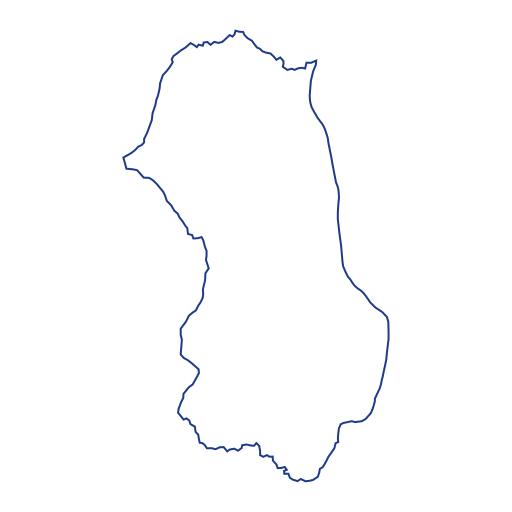 the district of Tupiratins, Tocantins, Brazil
{"feature_id": "56859067B80877563897035", "entity_name": "Tupiratins", "entity_type": "district", "adm_level": 2, "iso_a3": "BRA", "parent_name": "Brazil", "parent_adm1": "Tocantins", "projection": "albers", "projection_center": [-48.216, -8.355], "detail": "fine", "context": "isolated", "style": "outline", "palette": "blue", "viewbox_px": 512, "rotation_deg": 0, "n_neighbors": 0, "source": "geoboundaries", "source_scale": "gbopen_adm2", "svg_char_len": 3164}
<svg xmlns="http://www.w3.org/2000/svg" viewBox="0 0 512 512"><path d="M193.4,238.5L197.8,238.2L201.6,237.1L203.3,240.4L204.8,246.4L206.6,251.1L206.5,256.0L206.0,260.0L208.7,268.4L205.4,273.3L205.1,280.2L202.9,289.3L203.2,294.1L202.7,297.9L200.6,302.2L198.2,305.8L195.9,310.4L192.6,312.6L188.9,315.7L186.0,321.6L180.7,328.7L180.7,334.9L181.9,339.7L181.2,348.0L180.7,354.5L183.7,357.9L188.0,360.3L192.3,363.7L198.6,369.3L198.9,373.2L195.6,379.3L192.6,384.5L188.9,387.2L183.5,393.8L183.2,398.1L181.2,402.0L178.8,408.3L178.0,412.6L183.6,419.6L186.4,418.4L189.2,420.4L190.6,424.3L194.8,426.5L195.6,431.9L198.2,434.6L198.9,438.9L199.7,442.7L202.6,443.2L204.9,445.2L206.9,448.3L211.5,448.2L215.6,449.2L219.6,447.3L223.7,447.1L227.2,451.3L229.8,449.5L234.3,448.7L238.0,450.7L241.6,448.1L242.2,445.2L246.4,444.5L250.9,445.5L254.0,445.8L256.4,443.1L259.1,445.8L260.1,450.4L260.1,455.1L263.3,456.8L267.0,455.1L269.3,456.7L272.7,456.6L272.9,460.6L276.4,464.4L277.7,468.1L280.9,468.0L284.8,467.0L286.8,469.8L284.1,470.9L284.3,473.8L288.4,473.7L289.9,477.8L292.9,479.7L297.5,481.1L300.8,479.0L305.6,481.3L309.4,480.8L312.9,480.0L317.8,476.8L319.2,472.7L319.9,468.8L322.6,467.3L324.6,464.1L326.7,460.3L328.4,456.8L331.7,452.2L334.4,448.1L335.6,443.2L338.2,442.0L337.9,438.4L338.1,435.1L338.9,428.5L340.7,424.3L343.4,423.0L351.7,421.2L355.2,422.1L361.8,421.2L365.7,418.9L370.9,413.1L373.0,407.9L374.8,401.6L374.9,398.6L376.3,395.7L379.8,388.2L381.1,383.7L381.8,379.9L382.7,376.7L383.3,373.5L385.0,365.8L386.3,359.3L386.6,355.6L387.0,352.0L387.7,346.3L388.5,339.7L388.6,335.4L388.5,328.2L388.3,321.7L386.9,316.9L382.2,312.0L375.4,307.5L370.3,302.5L368.8,300.2L365.9,296.1L363.2,292.7L360.9,290.6L357.3,288.1L354.6,285.7L352.2,282.5L350.3,279.4L347.9,276.7L345.1,271.0L343.1,266.1L342.5,261.7L341.1,245.6L339.6,234.6L339.1,230.7L337.8,218.6L337.8,213.2L338.3,204.6L339.0,197.6L338.6,191.0L337.8,187.0L336.0,182.3L332.5,164.3L331.3,157.2L328.6,143.9L327.7,137.8L326.8,134.8L324.8,128.8L322.5,124.3L320.1,121.2L317.4,117.5L315.6,114.4L313.8,111.3L311.6,107.1L310.6,103.7L310.0,100.6L309.7,95.6L309.9,92.7L310.9,80.7L313.2,71.1L315.8,64.9L316.2,60.6L311.0,62.8L306.5,62.7L305.1,68.5L302.1,67.8L298.5,68.2L294.5,69.9L291.9,68.7L287.4,69.9L282.8,66.8L283.5,63.8L283.4,61.0L280.3,57.5L276.4,59.8L273.9,56.7L270.5,53.5L266.0,52.6L262.5,51.3L259.7,48.7L257.0,47.5L253.6,43.2L252.0,40.8L247.6,38.2L244.3,34.8L243.2,32.0L239.1,31.7L235.5,30.7L234.6,34.2L232.5,36.6L229.6,35.1L224.6,39.9L222.1,42.0L218.4,42.9L214.2,41.9L210.5,44.8L207.4,42.0L203.7,42.5L202.8,45.7L198.6,44.7L196.8,47.1L194.1,45.1L190.6,43.1L185.4,47.6L180.8,50.5L176.3,54.0L173.4,56.1L171.8,59.2L172.7,62.3L169.6,67.3L166.6,71.1L162.9,75.1L160.1,83.2L159.6,88.6L157.9,95.9L156.3,100.0L155.3,105.3L152.6,113.1L151.8,120.1L147.1,132.9L144.1,138.9L144.1,142.4L141.8,145.0L138.2,146.7L135.3,149.9L131.6,152.8L129.0,154.4L123.4,157.5L126.4,168.7L132.9,169.3L137.1,170.2L143.7,177.6L149.1,177.9L152.6,180.0L156.8,184.0L163.2,191.8L165.0,195.4L166.8,200.9L171.2,205.3L174.3,210.7L177.9,213.8L179.2,217.0L182.8,221.7L185.4,225.8L187.3,228.2L188.0,233.9L192.2,235.1L193.4,238.5Z" fill="none" stroke="#1e3a8a" stroke-width="2"/></svg>